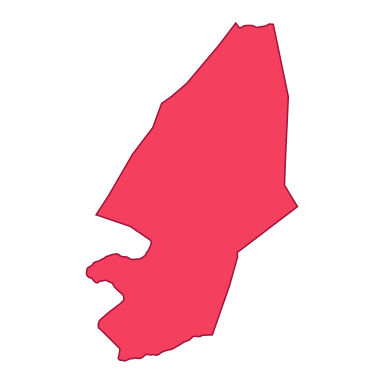 the district of Santa Catarina Cuixtla, Oaxaca, Mexico
{"feature_id": "50627088B38419183941255", "entity_name": "Santa Catarina Cuixtla", "entity_type": "district", "adm_level": 2, "iso_a3": "MEX", "parent_name": "Mexico", "parent_adm1": "Oaxaca", "projection": "equal_earth", "projection_center": [-96.661, 16.296], "detail": "fine", "context": "isolated", "style": "filled", "palette": "rose", "viewbox_px": 384, "rotation_deg": 0, "n_neighbors": 0, "source": "geoboundaries", "source_scale": "gbopen_adm2", "svg_char_len": 2244}
<svg xmlns="http://www.w3.org/2000/svg" viewBox="0 0 384 384"><path d="M96.1,214.8L130.2,226.4L150.7,240.4L151.4,242.6L150.5,245.8L149.2,248.2L148.3,250.9L147.3,251.5L146.4,253.2L146.3,253.7L144.5,256.2L144.1,256.2L143.5,256.5L143.0,257.4L141.9,257.8L140.7,258.4L140.3,258.6L139.9,258.9L139.2,259.2L137.8,259.0L136.4,259.1L134.3,259.4L132.9,259.6L132.8,259.4L132.4,259.6L132.2,259.5L130.2,259.0L128.1,257.6L126.9,257.1L125.5,256.6L124.2,257.0L123.2,256.7L121.8,256.4L120.4,256.0L119.2,255.0L118.1,254.1L116.5,253.9L114.2,254.2L112.3,254.5L110.7,255.0L108.9,255.7L107.6,256.3L106.3,256.4L105.0,257.5L104.0,258.3L102.7,258.8L100.7,260.0L99.0,260.9L97.5,261.3L95.3,262.0L93.5,262.9L92.3,265.0L91.2,265.7L89.7,266.7L88.7,267.2L87.7,267.8L87.1,269.0L86.8,270.3L86.5,272.5L86.6,274.5L87.2,275.6L88.5,277.2L90.2,277.8L92.0,278.5L93.2,280.1L94.1,281.2L95.7,282.5L97.1,282.9L98.2,282.5L99.3,281.4L100.6,281.1L102.4,280.9L103.6,280.7L104.7,280.4L106.2,280.2L106.3,280.4L109.3,281.9L112.6,283.3L113.6,285.8L115.2,287.7L117.6,290.1L122.7,294.7L123.7,296.8L123.8,300.1L120.2,303.7L109.4,311.8L103.5,316.9L99.9,320.0L98.7,322.3L98.2,324.8L98.5,327.9L100.2,329.1L119.9,348.7L119.1,354.9L118.4,357.1L118.2,358.6L119.4,359.8L120.3,360.3L121.6,360.2L123.0,360.5L124.4,361.0L125.6,360.6L126.8,360.1L128.2,359.6L130.2,358.7L132.5,358.7L133.8,358.4L134.7,357.8L137.3,358.4L140.5,358.4L142.5,357.4L143.3,356.7L144.3,355.7L145.9,354.5L149.2,354.6L151.2,355.0L153.3,354.4L155.4,355.2L156.9,355.0L158.7,354.5L161.0,352.7L161.8,352.2L164.3,351.2L165.7,350.6L168.5,349.9L170.4,349.6L172.7,348.9L175.3,347.3L177.4,346.1L179.6,344.9L182.1,343.3L184.2,341.9L185.9,341.4L187.3,340.7L188.9,340.3L191.5,338.0L193.1,336.5L195.8,336.2L198.1,336.7L200.3,336.4L202.9,335.2L212.3,334.9L229.4,286.0L237.6,256.8L237.2,252.5L265.7,230.8L297.5,206.6L289.9,194.2L285.5,186.8L284.5,185.3L284.6,180.8L284.9,174.0L285.3,162.3L285.8,150.7L286.5,136.5L287.7,110.5L288.3,96.7L273.3,24.3L269.1,24.0L268.0,24.8L265.0,26.1L262.1,26.5L258.6,27.2L256.0,27.3L253.8,26.0L251.2,25.4L247.5,25.4L244.4,25.7L242.6,26.6L240.3,28.0L238.9,27.3L235.8,23.0L218.7,45.5L186.9,83.2L171.7,96.3L161.6,103.5L152.8,127.6L132.6,154.2L108.4,195.9L96.1,214.8Z" fill="#f43f5e" stroke="#9f1239" stroke-width="1.5"/></svg>